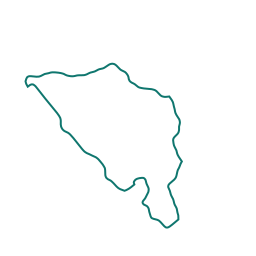 outline of Cabral, Barahona, Dominican Republic, rotated 141°
{"feature_id": "3306468B71944669665179", "entity_name": "Cabral", "entity_type": "district", "adm_level": 2, "iso_a3": "DOM", "parent_name": "Dominican Republic", "parent_adm1": "Barahona", "projection": "mercator", "projection_center": [-71.231, 18.209], "detail": "fine", "context": "isolated", "style": "outline", "palette": "teal", "viewbox_px": 256, "rotation_deg": 141, "n_neighbors": 0, "source": "geoboundaries", "source_scale": "gbopen_adm2", "svg_char_len": 3113}
<svg xmlns="http://www.w3.org/2000/svg" viewBox="0 0 256 256"><g transform="rotate(141 128 128)"><path d="M170.2,81.4L168.3,80.8L165.7,80.3L163.0,80.1L158.6,80.1L158.0,81.6L157.7,82.1L157.2,82.5L156.6,82.7L156.0,82.9L154.7,83.1L153.3,82.9L152.6,82.7L150.8,81.9L148.7,80.6L147.8,79.9L147.4,79.4L147.1,78.8L147.0,78.2L147.0,76.9L147.4,75.8L148.2,74.1L148.7,72.9L149.7,68.9L150.3,67.6L151.2,66.6L152.2,65.7L152.8,65.3L158.3,62.8L159.5,62.4L161.4,62.0L162.5,61.7L163.0,61.4L163.5,61.0L163.8,60.4L163.9,59.9L163.9,58.7L162.5,55.6L162.4,54.9L162.4,53.6L162.7,52.3L164.2,49.5L165.9,45.4L166.2,44.3L166.3,43.7L166.2,43.0L165.9,42.4L165.3,41.3L163.2,38.5L162.5,37.2L162.2,36.4L161.9,34.2L161.6,28.9L161.3,27.5L161.1,26.9L160.6,26.3L160.1,25.9L159.5,25.6L158.8,25.4L157.4,25.2L154.4,25.1L146.4,25.2L144.7,27.4L143.9,28.5L142.8,31.1L140.9,34.6L140.5,36.0L140.0,38.8L139.6,40.1L138.2,43.1L137.7,44.4L137.0,47.9L136.6,49.3L135.0,52.9L134.0,56.6L133.7,57.1L133.2,57.6L132.7,58.0L132.1,58.3L130.7,58.6L124.6,58.8L123.1,59.1L122.4,59.3L121.7,59.6L120.4,60.4L116.9,63.2L115.7,64.0L113.1,65.1L109.6,67.1L107.2,68.1L106.7,73.6L106.3,75.8L105.9,77.1L104.5,80.1L104.2,81.4L103.6,84.2L103.2,85.6L102.3,87.4L100.7,90.0L99.8,90.9L98.6,91.5L97.2,91.8L93.4,92.2L92.0,92.6L91.4,92.9L89.8,94.1L89.0,95.0L87.5,96.9L85.1,98.7L84.2,99.6L83.5,100.7L82.9,102.0L82.7,102.7L82.2,107.4L81.7,109.7L81.2,110.9L79.9,113.3L78.8,115.8L77.3,118.8L76.8,120.1L76.4,122.2L76.1,126.5L79.2,128.5L80.2,129.4L81.1,130.5L81.8,131.6L82.2,133.0L82.7,138.8L83.1,140.1L83.4,140.8L84.3,142.1L85.2,143.3L90.8,148.8L92.3,150.5L93.7,152.3L94.3,153.6L95.2,157.8L95.7,159.1L96.5,160.8L96.9,162.0L97.1,163.4L97.0,164.0L96.7,165.3L95.5,167.5L95.1,168.8L94.9,170.2L94.9,172.4L95.2,173.7L96.6,176.7L97.1,178.0L97.3,179.4L97.7,183.8L98.0,185.2L98.5,186.4L99.4,187.5L100.4,188.3L101.7,188.9L103.1,189.2L107.4,189.6L108.9,189.8L110.2,190.2L113.2,191.7L114.5,192.1L118.0,192.8L119.3,193.3L122.3,194.7L123.7,195.1L126.5,195.7L127.8,196.2L128.5,196.5L129.7,197.3L133.3,200.1L134.5,200.9L136.4,201.8L137.7,202.5L138.9,203.4L140.0,204.4L141.5,206.1L142.4,207.3L143.1,208.6L143.9,210.5L144.7,211.7L145.6,212.9L147.1,214.6L149.2,216.7L150.9,218.2L152.1,219.1L153.3,219.8L155.3,220.6L157.6,221.8L158.8,222.4L160.2,222.7L163.0,223.3L164.4,223.8L165.0,224.1L166.8,225.4L171.0,229.5L172.0,230.3L172.6,230.6L173.2,230.8L173.9,230.9L174.5,230.9L175.0,230.7L176.1,230.2L178.2,228.8L178.9,227.4L179.4,226.0L179.9,223.2L177.2,223.1L176.0,222.8L175.4,222.5L174.9,222.1L174.4,221.6L174.1,220.9L173.9,220.2L173.6,218.8L173.6,216.4L173.8,202.9L173.7,184.3L173.9,181.0L174.3,178.6L174.9,177.2L175.7,175.9L178.0,173.1L179.1,171.2L179.5,169.8L179.7,168.4L179.6,167.0L179.3,165.6L177.6,162.0L177.2,160.5L177.0,158.9L176.8,154.6L176.9,140.9L176.8,138.4L176.6,136.8L175.9,134.6L174.4,131.7L173.2,129.1L171.4,125.5L171.0,124.0L170.7,122.4L170.6,119.0L170.6,115.7L170.9,113.2L171.2,111.6L171.5,110.9L172.3,109.6L175.3,105.6L175.9,104.3L176.2,103.0L176.1,102.3L175.9,101.0L174.6,98.1L174.3,96.7L174.0,94.3L173.7,89.6L173.3,87.3L172.5,85.3L170.2,81.4Z" fill="none" stroke="#0f766e" stroke-width="2"/></g></svg>